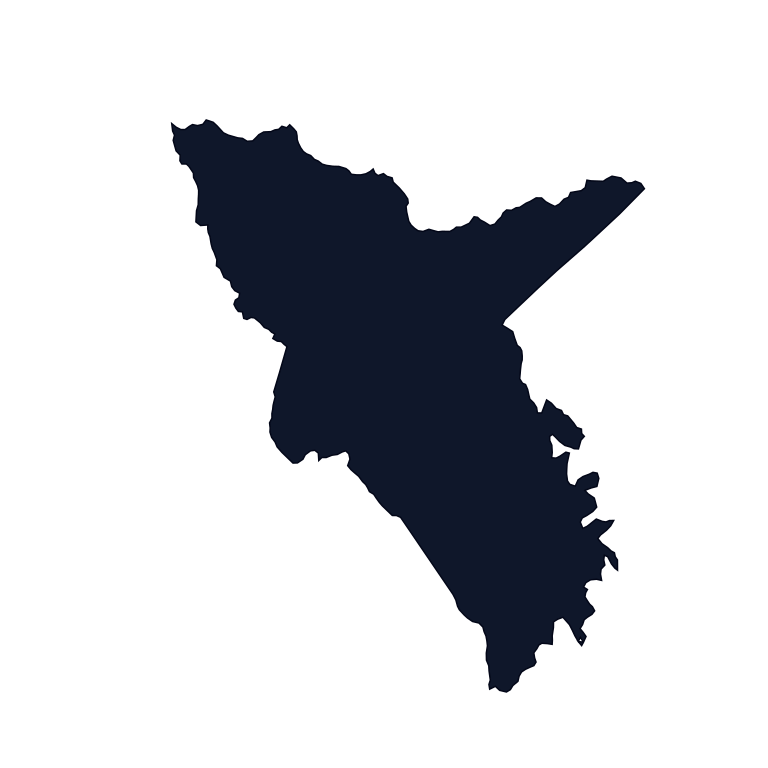 Ipiranga, Paraná, Brazil (Mercator projection), rotated 16°
{"feature_id": "56859067B27547702654677", "entity_name": "Ipiranga", "entity_type": "district", "adm_level": 2, "iso_a3": "BRA", "parent_name": "Brazil", "parent_adm1": "Paraná", "projection": "mercator", "projection_center": [-50.567, -25.008], "detail": "fine", "context": "isolated", "style": "filled", "palette": "ink", "viewbox_px": 768, "rotation_deg": 16, "n_neighbors": 0, "source": "geoboundaries", "source_scale": "gbopen_adm2", "svg_char_len": 4923}
<svg xmlns="http://www.w3.org/2000/svg" viewBox="0 0 768 768"><g transform="rotate(16 384 384)"><path d="M569.7,648.2L574.4,643.9L579.6,646.6L586.6,646.3L589.7,643.0L591.0,638.3L594.7,632.9L594.4,627.5L595.6,622.9L598.7,619.2L602.9,615.6L605.7,613.4L606.8,609.4L604.3,605.8L602.1,601.1L603.9,596.3L604.8,592.2L607.2,589.7L612.6,588.5L617.4,587.9L616.5,583.9L615.1,579.7L614.0,571.4L612.5,565.9L615.8,562.2L620.3,558.9L628.6,564.2L632.9,568.8L636.9,573.4L641.7,578.0L642.6,573.4L646.9,577.2L647.8,571.0L643.7,567.7L639.9,565.1L641.2,560.5L641.4,555.5L643.8,552.1L647.4,548.1L649.0,544.0L645.7,540.6L642.4,539.0L639.1,536.2L635.8,533.2L635.4,529.0L636.2,525.5L631.8,524.2L632.8,519.3L636.5,515.3L642.1,513.1L647.3,512.8L644.5,507.0L643.7,502.1L646.2,497.2L643.7,492.5L643.0,487.9L646.6,488.3L652.2,494.2L656.7,497.4L659.8,498.6L656.9,488.8L653.9,486.3L652.0,482.7L648.3,481.9L644.4,479.8L637.5,477.4L632.1,473.6L633.7,469.5L638.2,463.2L641.0,457.8L642.4,451.9L638.4,453.1L635.4,455.4L631.7,455.9L625.3,455.3L618.5,464.8L614.9,468.0L610.7,462.6L611.5,458.1L615.1,454.6L619.9,448.9L622.4,443.7L617.6,435.7L610.6,433.4L606.4,430.9L611.8,426.8L616.9,423.8L616.5,415.5L613.5,410.9L609.2,411.3L606.2,414.1L600.8,418.1L597.0,422.7L596.0,429.5L590.2,429.2L587.1,426.6L584.3,420.1L583.1,415.3L581.9,410.0L581.2,399.3L577.6,399.4L573.0,404.9L569.9,407.8L565.5,408.7L564.6,403.5L562.2,396.6L558.9,392.6L557.7,388.7L559.8,385.9L563.1,387.6L568.6,390.8L574.8,393.2L581.2,393.2L584.5,393.8L588.8,392.8L588.8,383.7L591.0,379.1L587.7,377.1L586.2,372.9L581.2,372.7L577.3,369.4L569.4,364.0L565.0,364.0L561.9,360.5L556.2,360.1L550.2,356.3L544.7,354.5L543.6,368.4L539.4,369.5L537.2,364.6L533.1,360.9L528.3,358.3L526.3,354.7L523.6,349.7L520.2,345.5L516.9,345.1L513.0,341.6L512.0,336.4L511.2,332.4L510.2,326.5L510.2,322.8L509.2,319.1L507.3,314.2L504.8,311.5L501.4,310.1L497.0,304.0L493.3,298.2L487.3,296.4L481.3,294.8L482.4,288.7L505.7,249.2L518.7,227.7L538.9,196.4L547.7,181.9L563.6,155.5L580.5,124.5L575.6,120.4L569.7,119.8L566.8,122.2L562.2,123.9L555.1,120.6L545.9,121.4L541.4,125.7L538.9,128.7L526.9,131.7L522.9,132.1L523.3,139.8L520.3,143.8L510.6,148.5L509.9,153.7L506.1,156.7L503.1,162.6L499.4,166.2L494.4,165.4L489.2,164.2L484.2,161.7L478.9,163.2L474.2,168.2L470.8,171.0L465.8,176.8L462.4,178.2L458.7,181.9L453.9,182.9L451.4,186.8L450.8,191.0L448.5,195.0L446.5,199.7L442.2,202.5L436.0,200.7L431.4,199.8L428.0,198.0L424.5,198.4L421.8,205.9L415.0,211.9L410.3,213.3L408.3,216.2L405.3,219.2L397.9,221.2L394.1,222.8L390.1,222.9L384.5,222.9L379.5,226.6L374.5,227.3L370.6,226.0L366.3,223.8L363.0,220.8L358.4,212.4L356.2,207.1L357.4,203.4L355.8,199.6L351.1,195.6L344.7,191.4L337.2,187.4L335.0,183.6L329.6,183.6L325.5,181.9L320.8,185.3L317.2,183.9L314.3,180.3L312.2,183.5L308.7,186.9L304.2,189.3L300.2,190.5L294.8,191.4L291.5,188.8L288.0,187.4L280.7,187.3L274.9,188.8L268.5,189.7L264.0,189.7L259.3,187.8L255.2,187.3L250.6,184.6L246.0,184.1L242.3,182.7L238.8,179.9L235.3,176.1L233.2,173.0L232.0,169.4L230.2,165.8L227.0,163.6L221.9,160.8L219.9,164.5L214.8,164.4L212.6,168.2L209.1,169.8L205.7,172.6L198.9,174.9L195.0,178.8L193.3,182.1L190.8,186.5L185.6,188.4L180.3,186.9L175.6,187.7L170.6,187.7L165.8,187.7L160.4,186.8L152.4,181.9L147.7,179.5L144.1,179.3L140.3,179.2L138.3,184.3L133.5,187.0L128.4,187.4L125.9,190.0L122.7,194.2L118.5,195.4L113.6,194.5L108.2,192.2L111.1,199.1L114.0,202.5L114.2,207.9L119.9,217.2L125.0,220.2L126.3,225.7L129.0,228.2L133.5,227.0L136.5,228.6L142.6,233.7L144.1,238.1L147.2,241.3L150.1,244.7L152.4,248.8L153.5,252.8L154.5,257.3L156.0,262.9L156.0,269.1L158.5,280.0L164.0,282.2L170.8,279.7L171.8,283.4L173.4,286.9L176.0,290.1L179.2,296.9L181.6,301.0L184.6,304.4L189.1,310.6L190.3,316.5L194.9,318.3L200.9,325.6L208.0,327.4L210.8,332.4L214.8,335.4L220.2,336.5L220.7,341.1L218.0,344.3L217.8,348.7L220.7,351.9L224.0,354.4L228.0,353.7L231.1,359.6L234.5,359.7L237.8,356.7L241.2,356.2L248.2,359.2L253.3,362.6L258.1,363.2L261.7,365.2L265.3,366.0L264.6,370.9L269.5,372.2L273.6,371.5L277.0,373.4L280.4,374.8L280.4,402.4L280.2,422.0L283.0,426.4L283.1,431.4L283.3,435.2L284.0,439.0L284.4,443.3L285.7,447.7L284.7,452.9L286.7,457.7L287.6,461.6L290.7,466.3L295.3,469.8L298.6,473.9L304.8,477.9L318.3,485.1L322.6,483.7L326.8,478.7L327.8,473.7L331.8,468.5L335.8,466.8L339.9,468.5L342.4,475.5L344.5,471.8L348.7,470.6L353.6,466.8L358.6,464.6L362.6,460.8L365.6,458.8L369.4,460.8L372.0,465.6L371.6,472.5L376.0,475.5L380.2,477.5L385.1,479.7L390.3,483.7L394.1,485.7L396.9,488.3L399.7,491.5L404.5,492.8L408.1,495.9L412.3,499.2L416.0,501.6L422.0,504.8L428.2,508.1L432.3,507.0L436.7,507.6L450.1,518.7L508.3,567.2L512.6,571.8L516.0,577.4L518.6,580.2L524.7,583.9L528.7,585.9L534.6,587.9L541.2,587.6L546.1,590.4L548.5,594.5L551.5,598.1L553.7,602.5L555.6,607.2L556.5,614.4L558.6,621.2L562.4,626.0L564.1,630.9L567.8,639.3L567.7,643.9L569.7,648.2ZM641.7,578.0L646.1,581.0L646.9,577.2L641.7,578.0Z" fill="#0f172a" stroke="#020617" stroke-width="1.5"/></g></svg>